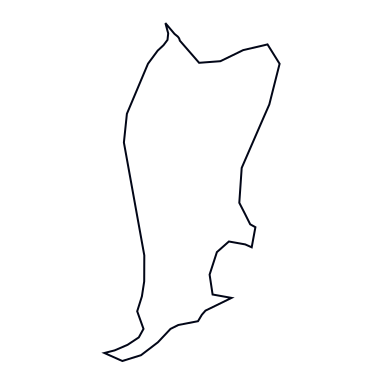 Gorizia, Albers equal-area conic projection
{"feature_id": "ITA-5457", "entity_name": "Gorizia", "entity_type": "Province", "adm_level": 1, "iso_a3": "ITA", "parent_name": "Italy", "parent_adm1": "", "projection": "albers", "projection_center": [13.498, 45.841], "detail": "fine", "context": "isolated", "style": "outline", "palette": "ink", "viewbox_px": 384, "rotation_deg": 0, "n_neighbors": 0, "source": "natural_earth", "source_scale": "10m", "svg_char_len": 754}
<svg xmlns="http://www.w3.org/2000/svg" viewBox="0 0 384 384"><path d="M165.3,23.0L174.5,33.9L177.8,36.6L178.5,37.5L179.1,38.4L179.5,39.4L179.8,40.6L199.1,62.8L220.4,61.2L243.2,50.1L263.9,45.3L267.5,44.4L279.6,63.8L274.3,84.7L269.3,104.5L262.9,119.1L241.7,167.9L239.3,202.8L245.2,214.3L250.2,224.3L255.4,227.2L251.7,247.3L245.2,244.4L228.9,241.5L216.9,252.1L209.6,274.6L212.6,294.5L231.5,297.9L205.5,310.6L201.9,314.7L198.0,321.2L178.3,325.0L170.5,328.9L157.9,342.3L141.0,355.2L122.3,361.0L104.4,353.0L114.6,350.4L127.6,344.8L138.8,337.4L143.5,328.9L137.2,311.3L141.9,296.4L144.2,281.4L144.3,255.4L123.9,142.5L126.9,113.8L148.0,63.7L157.7,50.6L163.5,45.2L167.5,39.9L168.2,33.4L165.4,23.1L165.3,23.0Z" fill="none" stroke="#020617" stroke-width="2"/></svg>